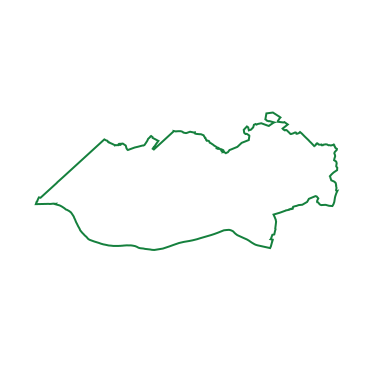 Ābeļu pag., Jekabpils, Latvia, rotated 160°
{"feature_id": "27541924B70311937188190", "entity_name": "Ābeļu pag.", "entity_type": "district", "adm_level": 2, "iso_a3": "LVA", "parent_name": "Latvia", "parent_adm1": "Jekabpils", "projection": "natural_earth1", "projection_center": [25.924, 56.435], "detail": "fine", "context": "isolated", "style": "outline", "palette": "green", "viewbox_px": 384, "rotation_deg": 160, "n_neighbors": 0, "source": "geoboundaries", "source_scale": "gbopen_adm2", "svg_char_len": 5666}
<svg xmlns="http://www.w3.org/2000/svg" viewBox="0 0 384 384"><g transform="rotate(160 192 192)"><path d="M148.7,119.5L137.8,112.6L136.5,113.9L134.6,116.6L133.1,118.6L133.3,118.6L132.6,119.7L134.2,120.7L134.0,120.8L131.1,124.3L130.1,124.1L129.2,124.0L127.3,127.0L126.3,128.3L126.3,128.5L126.1,129.2L126.2,129.3L124.5,132.6L123.1,135.4L123.0,136.5L122.8,137.1L122.9,140.5L123.1,142.9L116.5,142.5L112.7,142.5L110.4,142.5L110.2,142.6L107.0,142.1L106.5,142.1L106.5,142.4L105.6,142.4L103.8,142.3L103.9,141.9L103.1,141.8L102.0,143.5L99.8,143.4L98.7,143.2L96.2,143.2L92.7,142.3L87.2,143.3L84.5,145.6L77.4,145.9L76.4,145.2L75.5,142.8L77.2,141.2L77.8,140.1L77.8,139.6L77.3,139.4L77.1,139.1L76.6,137.9L76.3,136.8L75.5,135.9L75.0,135.5L71.0,134.3L70.5,134.0L68.0,132.2L64.9,130.8L64.1,131.4L63.2,132.2L61.7,134.0L59.5,138.0L58.5,139.4L57.6,140.5L56.8,141.5L55.1,143.2L55.7,143.2L56.0,144.4L54.8,146.4L54.5,148.7L54.2,149.0L54.1,150.0L53.9,151.2L54.6,152.9L56.5,154.8L57.1,155.3L57.1,157.5L56.9,159.4L57.0,159.7L54.7,160.9L52.3,161.9L49.5,162.6L48.2,162.9L47.2,165.1L47.7,166.7L47.4,167.4L46.2,169.6L46.1,171.3L47.6,173.3L47.3,173.8L46.6,174.9L45.3,176.5L45.0,177.6L45.0,179.8L44.2,180.7L41.5,182.1L41.1,183.0L42.1,184.2L42.1,184.6L42.2,185.6L42.3,185.6L42.4,186.3L42.5,186.6L42.3,187.5L42.7,187.9L42.7,188.1L43.2,188.0L45.6,188.2L46.6,188.9L47.7,189.2L49.0,190.6L50.2,191.1L51.8,191.4L52.3,191.5L53.0,191.2L54.0,191.5L54.1,192.3L54.9,192.4L56.8,193.3L56.9,193.5L57.4,194.7L57.6,194.9L57.8,195.0L58.0,195.0L58.4,194.9L58.8,194.7L59.0,194.3L59.5,194.1L60.2,193.6L60.7,193.5L61.2,193.7L61.5,193.5L63.3,197.6L64.1,199.2L64.7,200.7L67.1,205.6L68.6,208.9L68.9,209.5L70.0,211.4L71.4,210.8L73.3,210.8L73.9,211.0L73.9,211.3L73.9,211.5L74.0,212.2L74.1,212.4L74.5,212.6L74.8,212.7L76.9,212.5L79.0,212.6L79.4,212.7L79.6,212.9L80.0,213.6L80.2,214.2L81.9,217.7L82.2,218.0L82.6,218.2L83.1,218.2L83.6,218.1L84.7,219.4L85.2,220.6L82.5,221.5L81.0,222.0L78.9,222.7L79.4,223.4L81.3,226.1L81.9,226.0L82.6,226.2L87.4,228.7L87.3,229.1L86.8,229.5L84.4,231.3L83.4,231.8L84.0,232.7L88.8,239.0L95.2,240.4L98.2,235.2L97.7,234.5L97.5,234.1L97.2,233.4L95.6,232.2L94.9,232.1L92.4,230.3L91.0,229.3L91.5,229.3L96.2,228.1L97.2,227.8L98.4,228.7L103.4,232.9L106.7,233.4L108.4,233.3L108.9,234.1L110.8,234.0L112.4,231.8L115.3,230.4L117.5,230.5L117.1,233.5L118.0,234.8L122.1,232.7L122.7,229.8L121.9,228.2L120.9,228.0L120.3,227.5L118.9,225.5L118.9,225.1L120.9,221.4L128.5,221.2L133.9,218.9L141.0,218.6L142.4,218.6L144.7,217.1L146.6,217.0L146.9,216.9L147.5,217.7L148.0,218.3L148.2,218.5L148.9,218.7L148.7,218.8L148.5,219.0L149.1,219.2L149.2,219.3L148.9,219.3L148.7,219.4L148.8,219.5L148.4,220.0L148.3,220.4L148.3,220.6L148.6,220.7L148.6,220.4L148.8,220.2L149.3,220.3L149.8,220.4L150.1,220.9L150.0,221.0L149.5,221.1L149.4,221.2L149.3,221.4L149.4,221.5L149.7,221.6L149.9,221.5L150.3,221.5L150.4,221.8L150.5,222.0L150.8,222.4L150.6,222.5L151.0,222.7L151.1,223.1L151.7,223.6L151.9,223.7L152.1,223.6L152.3,223.5L152.7,223.5L152.8,223.6L152.5,223.7L152.5,223.8L153.0,223.8L153.4,224.2L153.5,224.4L153.8,224.6L153.3,225.0L152.9,225.1L153.5,225.6L154.1,226.6L155.3,228.0L155.9,229.1L156.8,230.3L157.5,231.3L158.5,232.3L158.5,233.0L158.5,233.5L158.7,234.0L158.8,234.3L159.3,234.6L160.2,235.0L160.6,235.1L160.7,235.4L160.6,236.0L160.9,236.2L160.9,237.6L160.9,238.1L161.3,238.3L161.2,238.9L161.6,240.0L161.7,241.3L163.8,243.2L165.3,243.8L168.2,245.2L169.1,245.9L168.9,247.1L169.9,247.1L170.7,247.8L171.0,247.9L173.2,249.3L177.0,249.3L177.7,249.5L179.8,250.8L179.9,251.2L180.6,252.1L181.8,253.0L184.0,253.8L186.1,254.4L186.4,254.4L188.2,255.5L188.2,255.4L213.3,245.0L214.1,246.1L212.5,247.3L212.3,247.1L209.0,249.6L206.1,251.5L206.6,252.0L208.9,254.6L210.5,256.3L210.3,257.1L211.3,258.6L212.3,258.3L212.7,257.9L215.1,256.9L216.4,255.5L218.5,253.9L220.6,252.4L221.8,252.3L222.7,252.6L227.2,253.0L230.6,253.4L237.9,253.4L238.2,253.8L238.6,255.3L238.4,258.3L240.5,261.2L241.2,261.2L241.6,261.3L241.9,261.6L242.5,261.7L242.6,261.4L242.7,261.2L242.8,260.9L243.0,260.8L243.4,260.8L243.6,260.9L243.2,261.3L243.1,261.5L243.2,261.8L243.3,261.9L243.4,262.0L244.1,262.2L244.5,262.1L244.8,261.4L245.2,261.2L245.5,261.4L246.7,261.7L247.8,262.2L248.0,262.3L248.4,262.2L248.4,262.3L250.5,264.5L252.6,266.5L252.7,266.9L253.0,267.1L253.3,267.1L253.7,267.7L253.6,267.9L254.1,269.2L254.8,269.6L256.4,271.4L308.0,250.1L315.2,247.2L315.7,246.9L316.6,246.5L336.3,238.4L337.7,239.3L339.4,237.7L340.7,236.1L340.9,236.2L341.2,236.1L342.9,234.0L330.5,229.8L329.8,229.4L328.4,229.0L326.3,228.5L325.2,228.0L324.8,227.7L324.4,227.6L324.6,227.5L324.5,227.4L324.8,227.4L321.0,224.7L320.3,224.0L319.0,222.5L317.4,220.3L316.5,218.7L315.5,217.9L313.7,215.8L313.2,214.9L312.7,214.2L312.1,211.9L311.6,209.7L311.5,208.8L311.5,207.4L311.3,206.2L311.3,204.9L311.2,203.0L311.0,201.7L310.7,198.8L310.2,195.9L310.2,194.7L310.0,193.8L309.7,192.9L309.0,191.0L308.2,189.3L307.7,188.0L306.7,186.2L306.3,185.3L305.7,183.6L304.7,182.2L300.9,179.0L296.8,175.9L295.4,174.7L293.2,173.1L291.5,172.1L288.5,170.2L286.7,169.4L284.5,168.3L281.9,167.3L278.1,166.0L276.6,165.6L275.6,165.3L274.4,165.0L271.6,164.2L269.8,163.5L267.8,162.8L266.1,161.9L264.1,160.7L262.7,159.5L261.3,157.9L259.9,156.9L257.0,155.5L255.6,154.6L250.8,152.2L249.5,151.4L247.2,150.4L238.7,148.8L231.6,148.6L227.6,148.6L221.6,148.5L216.7,147.9L211.3,146.9L208.0,146.4L203.3,145.9L200.7,145.8L188.7,145.0L185.6,144.9L181.7,144.9L175.2,145.1L172.7,144.5L170.2,143.8L169.2,143.2L168.3,142.5L167.4,141.6L166.8,140.9L166.4,140.0L166.0,139.0L165.3,137.7L164.7,136.8L164.2,136.0L158.7,130.6L156.7,128.7L155.2,126.9L153.3,124.2L151.5,122.0L150.4,120.8L148.7,119.5Z" fill="none" stroke="#15803d" stroke-width="2"/></g></svg>